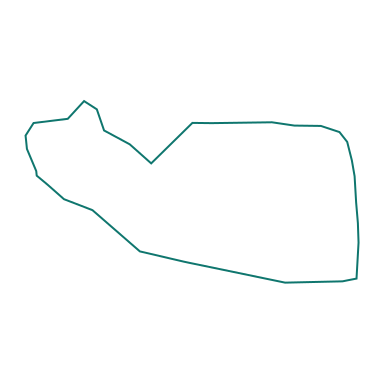 Suez, Egypt, rotated 91°
{"feature_id": "37247803B22529416419300", "entity_name": "Suez", "entity_type": "district", "adm_level": 2, "iso_a3": "EGY", "parent_name": "Egypt", "parent_adm1": "", "projection": "albers", "projection_center": [32.567, 29.96], "detail": "fine", "context": "isolated", "style": "outline", "palette": "teal", "viewbox_px": 384, "rotation_deg": 91, "n_neighbors": 0, "source": "geoboundaries", "source_scale": "gbopen_adm2", "svg_char_len": 596}
<svg xmlns="http://www.w3.org/2000/svg" viewBox="0 0 384 384"><g transform="rotate(91 192 192)"><path d="M122.9,192.8L164.1,233.3L145.4,255.1L132.0,281.0L111.0,288.6L103.0,301.5L121.0,317.5L125.8,351.6L138.5,359.4L143.3,358.8L151.8,357.8L173.8,348.1L178.0,347.6L178.4,347.5L187.5,336.2L201.4,319.9L211.9,291.2L252.3,243.1L258.6,213.8L261.8,198.9L262.8,193.8L281.0,97.3L278.7,39.9L277.5,34.5L275.7,26.0L239.7,24.6L220.2,25.6L199.7,27.7L173.4,29.7L157.7,32.7L139.2,37.7L129.5,45.6L123.7,64.3L123.8,90.8L120.9,113.3L122.8,173.5L122.9,192.8Z" fill="none" stroke="#0f766e" stroke-width="2"/></g></svg>